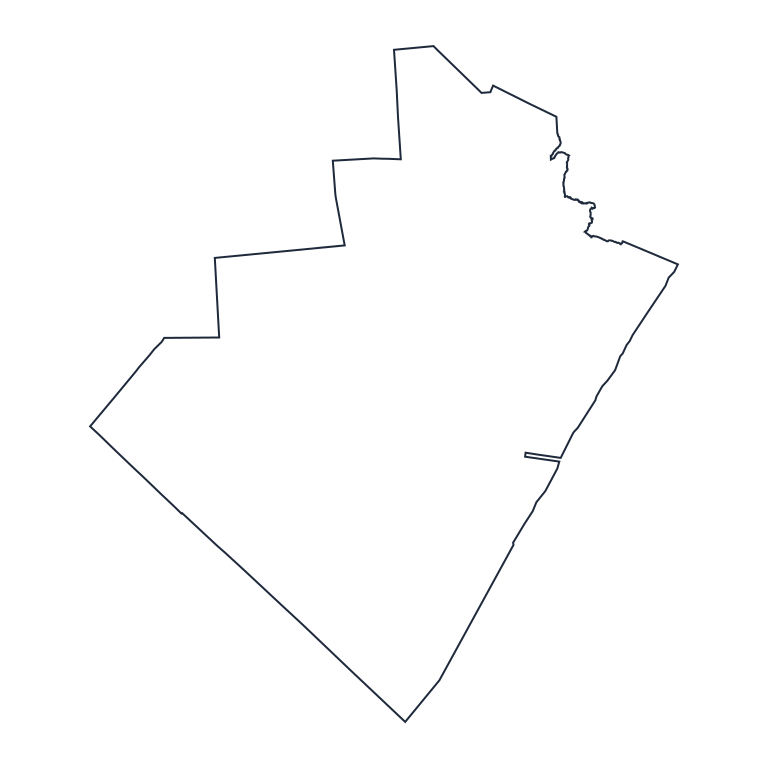 outline of General Juan Madariaga, Buenos Aires, Argentina
{"feature_id": "61730980B92703930088749", "entity_name": "General Juan Madariaga", "entity_type": "district", "adm_level": 2, "iso_a3": "ARG", "parent_name": "Argentina", "parent_adm1": "Buenos Aires", "projection": "equal_earth", "projection_center": [-56.992, -37.156], "detail": "fine", "context": "isolated", "style": "outline", "palette": "slate", "viewbox_px": 768, "rotation_deg": 0, "n_neighbors": 0, "source": "geoboundaries", "source_scale": "gbopen_adm2", "svg_char_len": 5852}
<svg xmlns="http://www.w3.org/2000/svg" viewBox="0 0 768 768"><path d="M677.9,264.4L622.9,241.3L622.6,241.3L622.5,241.5L622.7,241.9L622.4,242.7L622.0,243.0L621.9,243.3L620.9,243.6L620.8,243.8L620.7,244.3L620.4,244.2L619.6,243.3L619.0,243.0L618.7,242.9L618.2,242.9L618.0,242.7L617.4,242.9L616.7,242.7L616.4,242.6L615.9,242.0L615.0,241.8L614.4,241.9L612.5,240.8L612.0,240.7L611.5,240.8L610.7,240.4L609.0,240.4L608.4,240.6L607.9,241.2L607.0,241.3L606.5,241.1L605.1,240.2L604.0,239.8L603.7,239.8L603.3,239.7L603.0,239.4L602.7,239.0L602.4,238.8L601.8,238.8L601.4,238.4L600.8,238.3L600.0,237.8L599.4,237.6L598.6,237.2L598.3,237.2L597.3,236.8L596.4,236.5L595.6,236.5L594.7,236.3L594.1,236.4L593.4,235.9L593.2,236.0L591.9,236.2L591.8,236.3L591.7,236.9L591.6,237.3L591.3,237.3L591.2,236.7L590.9,236.4L590.7,236.3L590.4,236.0L590.0,236.1L589.8,235.8L589.6,235.6L589.6,235.3L589.4,235.2L588.6,234.9L587.7,234.0L587.0,233.6L586.8,233.4L586.5,233.3L585.7,232.6L585.7,232.4L585.7,232.0L585.9,231.8L585.7,231.5L585.3,231.8L584.9,231.7L585.3,231.3L586.1,231.0L586.3,230.7L587.0,230.5L587.3,230.1L587.8,229.0L588.0,227.7L588.6,226.4L589.4,225.7L589.5,225.4L589.5,225.1L589.4,224.8L589.2,224.5L588.9,224.3L588.9,223.9L589.0,223.7L589.3,223.3L590.8,223.2L591.3,222.9L591.9,222.6L592.0,222.3L592.0,221.8L591.7,220.2L591.8,219.8L591.7,219.4L591.8,219.2L592.1,219.1L592.3,219.4L592.5,219.4L592.7,218.8L592.6,218.5L592.5,218.3L592.3,218.2L591.9,218.2L591.6,218.4L591.4,218.5L591.2,218.4L591.1,218.1L591.3,217.8L591.1,217.6L590.7,217.4L590.4,217.1L590.3,216.9L590.2,216.5L590.3,216.1L590.5,215.7L590.6,215.0L590.7,212.9L590.5,212.3L590.4,211.9L590.0,211.2L590.0,210.4L590.3,209.5L590.6,209.3L590.6,209.0L591.0,208.8L591.3,208.5L591.4,208.3L591.6,207.7L591.8,207.8L592.2,208.1L592.3,208.1L592.5,208.0L593.2,208.0L593.2,208.3L593.6,208.0L594.4,208.1L594.8,207.7L595.0,207.5L594.8,207.1L594.9,206.6L594.4,204.4L593.5,203.4L593.0,203.2L591.4,203.0L591.0,202.8L590.7,202.9L589.7,202.3L588.7,202.5L587.6,202.8L587.1,202.8L586.8,202.9L587.0,203.4L586.3,203.6L584.9,203.3L584.5,203.4L583.9,203.3L583.5,203.5L583.0,203.5L582.7,203.4L582.8,203.0L582.9,202.8L582.6,202.6L582.5,203.1L582.4,203.3L581.5,203.3L580.9,202.8L580.9,202.7L581.0,202.2L580.9,201.9L580.5,201.8L580.2,201.8L580.1,202.0L579.9,202.2L579.3,201.9L579.1,201.9L578.9,201.8L578.8,201.4L578.9,200.8L578.8,200.6L578.6,200.5L578.0,200.4L577.9,200.3L577.8,200.1L577.9,199.8L577.8,199.6L577.2,199.5L576.7,199.8L576.0,199.3L575.8,199.3L575.7,199.3L575.7,199.8L575.1,199.9L574.5,199.9L573.9,199.8L573.0,199.3L572.5,199.3L572.2,199.1L571.8,199.0L571.0,198.6L570.9,198.5L570.6,198.4L570.3,198.0L570.6,197.5L570.3,197.2L569.8,197.2L569.7,197.6L569.2,197.7L568.2,197.3L568.2,196.9L567.6,196.6L567.2,196.2L566.7,196.3L565.5,196.5L565.2,196.9L564.9,196.9L564.8,196.6L564.8,196.4L565.0,195.5L565.0,195.3L564.9,195.1L565.0,194.6L564.9,194.1L564.5,193.3L564.6,193.1L564.6,192.4L564.2,192.3L564.2,192.0L564.4,191.7L564.3,191.3L564.0,191.1L564.2,190.8L564.2,189.5L564.2,189.3L564.0,189.0L564.1,188.5L564.0,187.6L563.9,186.8L563.5,186.2L563.6,185.5L563.4,185.2L563.5,184.8L563.4,184.6L563.5,183.7L563.5,183.3L563.3,183.1L563.3,182.4L563.4,182.2L563.7,181.9L563.6,181.5L563.7,181.3L563.8,181.2L563.8,180.8L564.0,180.5L564.1,179.3L564.0,178.9L564.0,178.6L564.6,177.8L564.7,177.2L564.5,176.7L564.4,176.0L564.4,174.9L564.5,174.6L564.7,174.2L564.9,174.1L565.0,173.9L565.2,173.1L565.5,172.7L565.8,172.1L565.9,171.9L566.1,171.9L566.4,171.6L566.8,170.7L567.2,170.6L567.2,170.4L567.4,170.3L567.5,169.7L567.6,169.3L567.5,168.7L567.3,168.6L567.1,168.5L567.1,167.6L566.9,167.4L566.8,167.1L567.0,166.5L567.1,166.4L567.2,166.2L567.0,165.7L567.0,165.0L567.1,164.5L567.1,163.9L567.2,163.7L567.1,163.3L566.8,162.9L566.8,162.5L567.1,161.7L567.4,161.5L567.7,160.9L568.1,160.2L568.3,159.3L568.2,158.8L568.1,158.6L568.2,158.0L568.5,157.3L568.4,156.5L568.5,156.0L569.0,155.6L568.2,155.0L566.2,154.4L565.3,153.7L565.1,153.3L564.3,152.9L562.5,152.5L561.7,152.1L560.9,152.2L560.2,152.6L559.4,152.5L559.0,152.3L558.5,152.2L558.4,152.7L557.8,152.9L557.3,153.2L556.9,153.7L556.3,154.2L555.8,155.2L555.4,155.6L555.0,156.3L554.4,157.8L554.2,157.7L554.1,157.9L553.6,158.2L553.1,158.4L553.0,158.6L552.6,158.7L552.3,158.7L552.2,158.9L551.6,159.0L551.1,159.3L551.1,159.5L550.9,159.6L550.8,155.9L551.4,155.9L551.5,155.4L551.7,155.2L552.7,154.2L553.0,153.6L552.9,153.3L554.4,150.9L555.3,150.6L555.6,150.1L555.5,149.8L555.7,149.5L555.9,149.5L556.0,149.3L556.2,148.9L556.4,148.8L556.8,148.6L557.2,148.0L557.5,147.7L558.0,147.7L558.1,147.2L559.1,146.2L559.3,146.0L559.5,145.9L559.7,145.7L559.9,145.3L559.9,144.7L560.4,144.0L560.6,143.2L560.7,142.1L560.4,141.6L560.2,141.0L560.0,140.7L560.0,139.8L559.7,139.6L559.4,139.2L559.6,138.2L559.5,137.5L559.3,137.1L558.9,136.9L558.7,136.6L558.4,136.5L558.3,136.2L558.0,135.6L557.9,135.4L558.1,134.9L557.5,133.5L557.3,133.4L556.4,116.8L529.9,104.0L493.1,85.6L491.1,90.3L490.4,92.2L481.5,92.9L479.0,90.4L438.7,51.3L433.5,46.1L394.0,49.8L396.7,90.3L398.0,117.0L400.8,159.3L388.2,158.8L381.8,158.7L373.7,158.4L332.8,160.7L335.3,193.8L335.8,197.6L344.7,245.4L214.8,257.9L219.2,337.5L164.2,337.9L161.7,341.9L154.3,349.1L149.5,355.2L139.0,367.3L136.1,371.1L126.1,383.2L117.5,393.6L90.1,426.4L99.7,435.3L111.6,446.9L132.7,467.1L143.5,477.2L161.6,494.6L173.7,506.0L181.5,513.6L182.1,513.1L191.0,521.4L217.3,545.9L225.4,553.0L243.8,569.9L270.7,595.0L281.2,604.8L302.8,624.8L313.3,634.8L350.0,669.8L405.2,721.9L439.4,680.3L513.5,544.9L513.1,542.7L524.5,523.8L532.7,511.2L536.4,502.2L545.3,491.1L557.3,468.6L559.3,461.6L525.1,456.7L525.6,452.7L537.8,454.6L560.7,457.9L573.1,433.1L574.1,431.7L577.7,427.9L595.3,400.4L596.5,396.4L602.3,386.2L607.3,380.8L615.1,370.2L620.0,356.9L620.4,356.0L622.7,353.5L626.6,345.0L629.7,341.1L632.6,335.1L648.1,311.7L665.5,285.8L668.7,277.6L674.2,271.9L677.9,264.4Z" fill="none" stroke="#1e293b" stroke-width="2"/></svg>